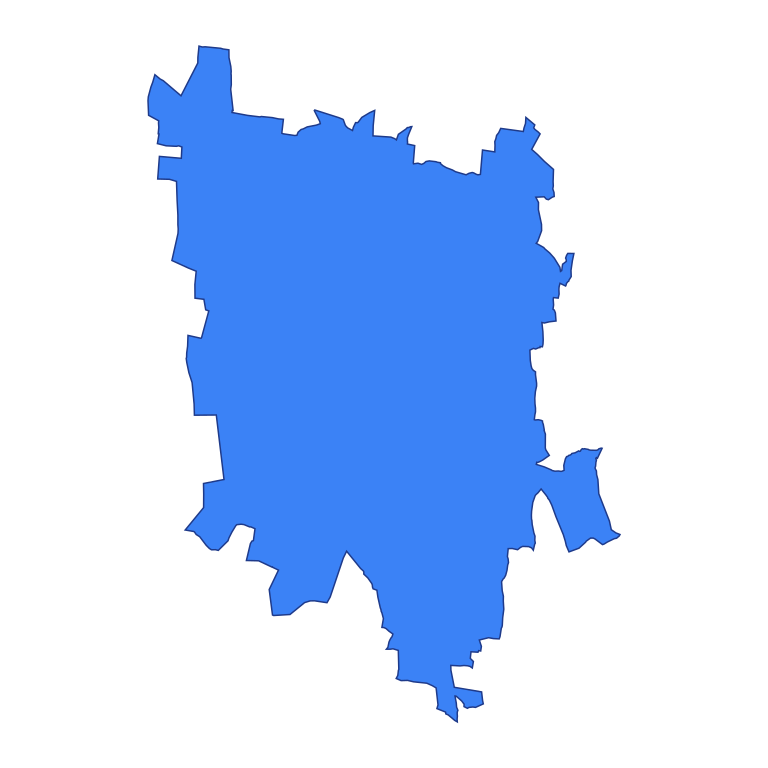 outline of Espita, Yucatán, Mexico
{"feature_id": "50627088B66728778479631", "entity_name": "Espita", "entity_type": "district", "adm_level": 2, "iso_a3": "MEX", "parent_name": "Mexico", "parent_adm1": "Yucatán", "projection": "equal_earth", "projection_center": [-88.312, 21.01], "detail": "fine", "context": "isolated", "style": "filled", "palette": "blue", "viewbox_px": 768, "rotation_deg": 0, "n_neighbors": 0, "source": "geoboundaries", "source_scale": "gbopen_adm2", "svg_char_len": 6110}
<svg xmlns="http://www.w3.org/2000/svg" viewBox="0 0 768 768"><path d="M500.7,128.4L498.7,132.7L496.6,135.4L495.9,138.6L494.8,141.6L495.0,145.3L494.8,151.9L482.5,150.0L480.4,174.4L477.9,174.8L476.3,174.3L473.7,172.9L472.2,172.5L469.0,173.3L466.1,174.8L455.5,171.7L452.5,170.0L446.4,167.7L442.9,165.7L440.5,163.6L440.4,162.7L437.6,162.3L435.9,161.7L429.3,160.9L426.0,161.5L423.8,163.4L421.6,164.4L418.0,163.2L413.5,163.8L413.3,163.1L414.7,145.6L407.4,144.0L407.6,141.8L407.4,141.4L407.4,137.9L408.6,134.4L411.8,126.6L410.6,126.7L408.7,127.5L407.3,127.6L406.0,129.0L398.4,134.3L396.4,139.9L394.8,138.7L390.9,137.1L373.0,135.9L373.2,125.7L374.7,110.4L369.8,112.6L361.8,117.4L358.2,122.2L357.4,122.7L355.6,122.6L353.4,127.2L352.5,130.5L347.7,127.9L346.2,126.4L345.3,125.2L343.3,119.7L342.7,119.2L338.7,117.6L314.8,110.0L314.3,110.6L319.7,121.3L320.3,123.7L316.4,125.1L307.2,126.9L303.2,128.9L301.1,129.5L298.1,132.2L296.9,135.3L294.6,135.5L283.2,133.8L281.8,133.2L283.4,119.3L278.5,118.9L272.3,117.6L261.2,116.5L260.0,116.9L247.6,115.4L232.0,112.5L232.3,110.4L233.1,110.5L230.7,89.2L231.3,84.7L231.2,74.7L231.0,74.3L231.2,71.2L230.8,66.4L229.0,57.7L228.9,49.8L223.0,49.0L220.8,48.3L205.2,46.8L202.4,47.0L199.0,46.1L197.9,57.3L197.8,63.0L181.0,95.8L163.3,80.7L160.1,79.0L154.9,74.7L152.7,82.3L150.9,87.1L148.3,96.8L148.0,100.6L148.6,115.3L158.7,120.8L158.5,123.0L158.8,127.4L158.2,133.8L159.0,134.0L157.4,143.6L166.1,145.8L176.4,146.3L178.7,145.8L181.9,147.0L181.3,158.3L159.4,156.4L157.7,179.0L169.5,179.3L176.5,181.4L177.1,200.2L177.9,215.2L177.9,224.7L178.2,229.0L178.0,233.4L171.9,260.5L188.3,268.0L196.2,271.2L194.9,284.4L195.0,298.2L203.9,299.3L205.7,309.8L208.8,310.9L201.6,337.5L201.0,338.3L188.0,335.4L187.6,346.2L186.7,353.0L186.6,357.3L186.2,358.4L186.8,362.6L188.9,372.7L192.1,382.6L194.1,404.0L194.4,415.2L216.3,415.0L224.0,479.5L203.5,483.5L203.7,494.1L203.6,507.6L185.2,530.0L193.8,531.5L194.5,532.0L196.2,534.5L199.7,536.7L206.2,545.3L209.4,548.5L211.5,549.8L215.5,549.7L218.3,550.4L228.0,540.8L229.0,537.8L231.9,532.1L235.7,525.8L236.7,524.7L241.1,524.2L244.0,524.6L249.6,526.9L250.9,526.9L255.0,528.7L253.4,540.6L251.9,541.1L250.4,543.6L246.4,560.5L258.6,560.8L272.0,567.1L272.5,566.9L272.8,567.4L278.5,570.1L269.2,589.5L272.5,615.0L273.7,615.5L290.0,614.5L304.6,602.6L310.1,600.9L314.4,600.8L327.0,602.7L330.2,597.0L343.3,558.0L346.6,551.2L360.7,568.6L363.4,571.0L363.8,571.9L363.8,574.1L367.8,577.9L371.7,583.4L372.3,584.9L372.5,587.1L373.1,588.8L376.9,590.2L377.9,597.2L380.3,607.9L380.9,609.4L381.2,611.4L381.9,612.8L383.4,618.6L381.9,627.4L384.0,627.6L386.1,628.6L389.2,631.4L392.9,634.0L392.0,636.8L391.3,637.5L389.9,639.9L389.0,642.0L387.9,647.3L386.4,649.2L390.3,649.2L393.0,648.8L398.3,650.4L398.8,669.3L398.4,670.3L397.8,675.4L396.2,678.5L401.1,680.6L407.6,680.4L413.5,681.8L426.8,683.2L432.2,685.6L436.1,687.9L438.0,704.9L436.9,708.6L445.6,712.1L445.8,713.9L448.2,714.9L454.7,720.4L457.3,721.9L457.1,719.2L457.4,716.2L457.2,713.5L457.3,711.9L457.9,710.3L456.6,707.2L456.3,703.2L455.0,696.0L455.8,696.0L456.8,696.7L461.7,701.0L464.1,704.2L464.0,706.6L467.4,708.3L469.0,707.4L472.9,707.0L475.5,707.4L483.3,703.9L482.6,700.6L481.6,691.9L454.3,687.3L450.9,670.1L450.8,665.4L460.0,665.9L464.0,665.5L467.7,665.8L470.0,666.4L472.3,668.0L473.4,661.5L470.3,658.4L471.0,651.8L478.0,652.2L478.7,650.6L480.7,651.0L481.4,646.4L479.3,640.0L488.6,637.7L493.5,638.6L499.2,638.9L500.0,636.7L501.3,628.3L502.0,626.9L502.3,625.4L502.7,617.7L503.8,609.2L503.3,601.1L503.4,596.3L502.2,590.7L501.6,582.0L501.8,581.2L503.2,578.9L504.2,578.0L505.7,575.2L507.0,570.3L507.7,565.0L508.5,562.6L508.1,558.8L507.4,556.6L508.2,548.6L512.3,548.5L517.6,549.7L520.5,547.4L522.6,546.4L528.7,546.6L531.6,547.9L533.3,550.2L534.7,544.2L535.3,543.1L534.8,540.2L535.0,536.2L533.9,533.0L532.2,524.5L531.9,520.6L531.5,518.9L531.4,515.2L531.6,511.1L532.8,502.4L535.2,495.6L536.0,494.6L538.0,492.8L541.1,489.0L545.7,494.7L547.6,497.3L547.8,498.2L549.4,500.2L551.8,505.2L556.0,516.8L563.3,534.6L565.3,541.2L566.3,545.6L569.0,551.9L579.0,548.2L585.6,542.2L586.2,541.2L590.5,538.1L593.3,538.1L595.2,539.1L602.5,544.6L604.0,544.1L607.4,542.0L614.2,538.7L616.6,538.2L619.3,535.9L620.0,534.5L615.9,532.9L611.3,529.7L609.4,521.0L598.8,493.8L597.9,479.6L596.6,474.6L596.4,470.9L595.2,468.6L595.1,467.5L595.6,466.2L595.9,462.4L596.4,460.3L595.8,458.4L596.4,457.6L597.4,458.3L602.1,448.3L601.2,448.1L598.9,448.8L597.8,449.9L596.4,450.3L590.6,450.2L589.1,449.9L588.3,449.4L584.3,448.7L583.6,449.0L582.3,448.7L581.2,449.6L580.4,451.1L579.5,451.4L578.7,450.9L575.1,452.8L571.8,453.5L571.1,454.5L569.8,455.2L568.9,455.3L567.5,456.5L566.6,456.6L565.4,458.8L563.8,465.3L564.1,470.3L562.1,471.2L561.0,471.4L558.4,471.0L555.0,471.2L552.1,470.5L551.3,469.9L544.3,466.9L536.3,464.4L536.7,462.3L537.4,462.5L539.4,461.8L542.8,460.0L549.3,455.4L545.8,449.8L545.3,448.0L545.4,434.1L544.1,430.4L544.3,430.1L543.3,424.4L542.5,422.2L542.5,421.0L541.3,420.4L538.3,419.7L535.2,420.0L534.3,419.7L534.9,414.7L535.5,411.9L535.5,408.1L535.0,403.9L534.8,398.3L535.4,391.6L536.6,386.1L536.6,383.3L535.5,374.7L535.5,371.8L533.4,370.4L531.9,368.6L531.1,365.7L530.3,360.4L529.9,350.1L533.4,348.4L535.7,349.0L538.7,347.7L540.0,347.6L540.1,346.5L542.4,346.8L543.0,344.1L543.2,340.0L542.9,331.8L541.9,322.5L544.4,323.0L549.4,321.8L556.0,321.0L555.4,312.9L554.3,310.1L553.0,309.2L553.6,305.0L553.2,299.2L553.5,297.6L558.2,298.1L559.1,294.1L558.9,289.2L559.1,286.8L560.0,283.3L565.6,286.0L566.1,285.0L566.4,283.5L567.9,281.6L568.7,281.2L569.1,279.9L571.2,276.6L571.0,270.3L572.4,260.7L573.9,253.5L567.8,253.4L566.6,255.3L565.6,258.1L566.2,259.5L566.3,261.4L562.6,264.2L561.7,270.6L560.5,271.4L559.9,267.3L554.3,258.2L549.8,253.1L544.9,248.9L543.7,247.5L536.2,243.3L537.7,241.4L541.6,230.7L541.5,224.4L538.4,209.7L538.5,202.5L535.8,197.2L544.2,196.8L546.3,199.1L548.4,199.7L552.4,197.1L554.2,196.5L554.0,192.5L552.8,188.9L553.3,185.9L553.1,181.7L553.5,169.4L544.5,161.5L537.5,154.5L531.7,149.4L540.1,133.9L538.1,131.9L534.9,129.4L533.7,127.8L534.8,124.9L525.9,117.4L525.5,123.5L524.0,128.0L523.3,131.5L500.7,128.4Z" fill="#3b82f6" stroke="#1e3a8a" stroke-width="1.5"/></svg>